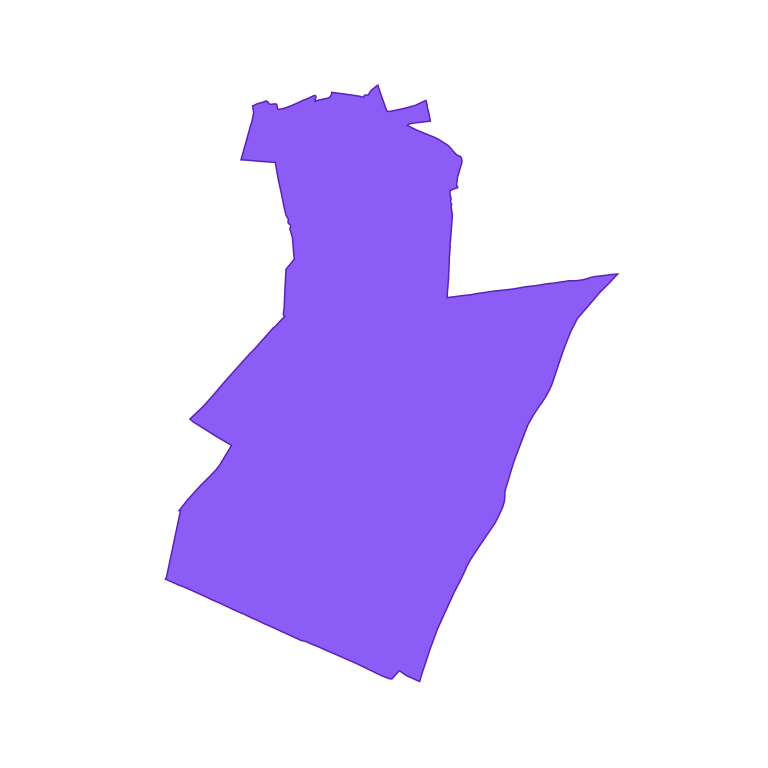 the district of Binh Tan, Vĩnh Long, Vietnam, rotated 260°
{"feature_id": "81297802B74288530741739", "entity_name": "Binh Tan", "entity_type": "district", "adm_level": 2, "iso_a3": "VNM", "parent_name": "Vietnam", "parent_adm1": "Vĩnh Long", "projection": "albers", "projection_center": [105.803, 10.129], "detail": "fine", "context": "isolated", "style": "filled", "palette": "violet", "viewbox_px": 768, "rotation_deg": 260, "n_neighbors": 0, "source": "geoboundaries", "source_scale": "gbopen_adm2", "svg_char_len": 4443}
<svg xmlns="http://www.w3.org/2000/svg" viewBox="0 0 768 768"><g transform="rotate(260 384 384)"><path d="M656.0,474.5L653.8,466.1L652.9,463.2L652.6,459.4L651.8,450.1L651.6,441.8L651.5,437.5L651.6,435.6L652.1,434.5L653.2,434.1L657.9,433.2L668.2,431.5L675.3,430.4L679.2,429.9L679.3,429.3L675.7,422.9L674.1,421.0L673.1,420.0L671.6,419.1L671.4,418.3L671.7,416.5L671.8,415.5L671.4,414.6L669.9,413.8L671.9,409.2L672.4,407.6L673.6,404.1L675.4,398.5L677.6,392.0L678.2,389.7L680.3,383.2L679.2,382.9L677.3,381.9L676.0,380.4L675.4,379.1L675.2,377.9L675.2,375.5L675.0,369.3L674.4,365.6L674.4,365.1L676.3,365.9L678.3,366.8L679.4,366.8L680.0,366.5L680.1,366.2L680.1,364.7L678.2,357.8L677.6,354.4L675.5,346.4L674.6,342.7L673.7,338.4L673.1,335.2L672.8,332.9L672.7,328.6L672.9,327.7L673.1,327.3L673.4,327.0L673.8,327.0L675.4,327.1L677.4,326.9L678.2,326.8L678.5,326.4L678.6,325.9L679.0,323.5L679.0,321.5L679.2,320.6L679.5,319.9L679.9,319.5L680.4,319.2L682.0,318.5L682.6,318.1L683.1,317.4L683.2,316.8L682.3,312.5L682.1,308.2L680.6,302.8L673.9,302.8L664.5,299.1L661.9,297.6L629.6,282.1L628.5,286.9L624.7,301.1L622.5,309.9L621.3,315.4L602.7,315.4L592.4,315.9L576.6,316.3L570.1,316.6L567.3,316.8L565.2,317.5L563.3,318.3L562.3,318.3L561.3,317.9L559.9,317.6L559.2,317.6L558.2,318.2L557.3,319.0L556.6,319.6L555.4,319.6L554.8,319.2L553.9,318.4L552.2,318.3L544.2,319.3L528.2,317.7L522.6,317.3L517.8,311.9L514.0,307.4L491.4,302.2L482.0,300.1L477.1,299.1L470.4,297.0L468.8,297.1L467.9,298.0L464.5,293.4L458.7,285.7L458.7,284.9L440.6,262.1L437.4,257.4L423.7,239.9L422.6,238.5L415.4,229.3L405.1,216.8L402.1,213.2L393.7,202.6L383.2,186.8L382.4,187.4L379.3,190.0L368.9,201.6L361.5,209.7L350.0,223.2L336.3,211.2L335.1,210.2L332.2,207.6L328.8,203.8L322.4,195.1L316.3,186.2L311.4,179.9L303.6,169.9L294.9,160.2L294.4,161.5L231.7,136.3L229.8,134.8L221.1,147.7L220.1,149.7L216.3,155.5L214.3,158.5L208.3,167.3L206.8,169.5L201.3,177.2L199.8,179.6L194.7,187.1L190.3,193.3L189.3,194.7L188.3,196.0L183.6,203.0L181.9,205.8L177.0,212.5L175.6,214.5L174.3,216.7L170.3,222.2L168.7,224.4L166.8,227.4L162.1,234.4L158.1,240.0L156.0,243.2L154.0,246.0L149.1,253.1L148.9,253.5L145.9,257.7L144.3,261.8L139.9,268.4L135.9,274.8L131.5,281.1L127.4,287.5L123.2,293.8L118.2,301.2L114.7,306.6L109.1,314.4L108.0,316.0L99.4,327.8L96.0,332.8L92.5,338.7L92.3,340.8L95.8,345.2L99.0,349.2L96.9,351.6L95.4,352.9L93.7,354.6L92.4,356.2L84.8,367.4L93.1,371.6L115.2,383.5L133.7,394.3L166.9,417.1L169.5,419.1L176.8,424.8L187.8,432.5L189.9,433.8L196.0,438.7L206.5,448.5L226.2,467.7L227.7,469.2L236.1,475.4L242.6,479.8L245.5,481.2L246.9,481.9L250.5,483.1L254.5,483.9L256.3,484.3L259.9,485.7L266.6,489.2L274.7,493.2L284.9,498.4L300.2,507.4L303.3,509.3L318.6,518.5L327.9,526.1L335.8,533.6L337.3,535.4L344.6,542.1L349.7,546.1L354.9,549.6L374.2,560.0L386.7,566.9L394.5,571.6L402.2,576.4L403.5,577.2L406.1,579.2L415.1,586.0L423.6,596.6L436.4,612.1L437.8,614.0L444.2,623.2L451.7,633.2L452.3,627.3L452.8,616.2L453.2,610.6L453.0,607.8L453.1,606.0L452.6,603.5L452.1,598.4L452.3,591.8L453.6,583.3L453.6,580.1L453.9,568.6L454.4,562.2L454.5,549.7L454.9,544.5L455.2,538.9L455.1,531.3L455.2,526.6L456.0,513.7L456.4,509.2L456.7,497.2L456.9,491.6L456.8,486.0L457.2,479.2L457.4,477.2L457.7,469.9L458.0,463.7L458.1,461.1L463.2,462.4L464.2,462.6L468.4,463.7L474.7,465.3L475.6,465.7L478.8,466.3L486.2,468.0L488.4,468.4L491.2,469.1L497.3,470.3L498.2,470.6L502.5,471.7L508.2,473.1L509.9,473.3L512.1,473.9L515.0,474.8L519.1,475.7L521.6,476.4L525.5,477.4L530.3,478.6L532.9,479.3L535.6,480.0L537.6,480.5L539.1,480.7L541.4,480.8L543.2,480.8L545.1,480.8L546.2,480.8L547.0,481.0L547.7,481.3L548.7,481.7L549.3,481.8L550.2,481.6L551.7,481.3L552.3,481.3L552.7,481.3L553.2,481.6L554.5,482.2L554.9,482.4L555.3,482.4L556.1,482.2L557.3,482.0L558.4,482.0L559.1,482.0L559.8,482.0L560.3,482.0L560.8,482.1L561.3,482.3L562.2,482.7L563.0,482.8L563.3,483.0L563.3,484.5L564.0,486.6L564.2,488.2L564.3,490.1L564.8,490.7L565.3,490.8L567.1,490.1L568.1,490.2L570.3,490.9L572.5,491.7L574.5,492.1L576.6,493.2L585.1,497.4L588.6,499.2L590.5,499.6L592.5,499.5L594.3,499.0L595.1,498.4L595.6,497.5L596.4,496.1L597.5,495.1L600.7,492.9L604.8,490.6L607.8,488.5L613.4,482.5L615.8,479.8L618.0,476.8L620.7,472.5L624.1,467.0L628.4,460.3L630.3,457.7L634.0,452.6L634.7,451.7L635.5,453.4L635.7,454.6L635.8,457.2L635.8,459.6L635.3,466.5L635.1,470.2L634.8,475.3L637.3,475.3L641.4,475.3L649.1,474.7L651.7,475.0L656.0,474.5Z" fill="#8b5cf6" stroke="#5b21b6" stroke-width="1.5"/></g></svg>